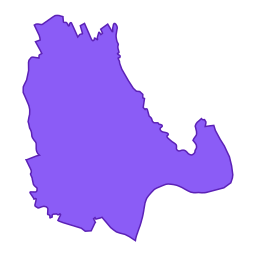 Vinh, Nghệ An, Vietnam
{"feature_id": "81297802B9978574523269", "entity_name": "Vinh", "entity_type": "district", "adm_level": 2, "iso_a3": "VNM", "parent_name": "Vietnam", "parent_adm1": "Nghệ An", "projection": "robinson", "projection_center": [105.69, 18.704], "detail": "fine", "context": "isolated", "style": "filled", "palette": "violet", "viewbox_px": 256, "rotation_deg": 0, "n_neighbors": 0, "source": "geoboundaries", "source_scale": "gbopen_adm2", "svg_char_len": 4800}
<svg xmlns="http://www.w3.org/2000/svg" viewBox="0 0 256 256"><path d="M135.4,240.6L135.7,238.6L136.6,235.3L137.6,232.6L137.7,232.1L138.4,230.2L139.3,227.6L140.1,225.5L140.5,224.1L141.1,222.2L141.6,220.2L142.3,217.8L143.0,214.6L143.6,211.4L144.0,208.8L144.6,205.4L145.0,203.0L145.9,200.4L146.6,198.5L147.6,197.0L148.7,195.5L151.4,192.4L154.3,189.4L156.6,188.1L159.7,186.8L162.5,185.6L165.9,184.3L168.1,184.0L170.6,184.2L173.7,184.6L176.8,185.3L179.1,186.2L182.0,187.5L184.6,189.0L187.7,190.7L190.7,192.1L193.7,192.7L195.8,192.7L198.6,192.5L201.7,192.8L204.9,192.7L206.1,192.5L223.9,187.8L224.6,187.3L230.8,182.8L232.4,178.0L232.8,174.8L231.6,165.8L229.4,156.7L226.3,150.2L226.0,149.5L224.3,145.9L220.2,139.4L215.4,130.5L213.8,125.4L210.1,125.8L205.2,126.5L205.9,123.1L205.9,121.9L204.5,119.6L203.9,119.7L203.0,119.7L202.5,119.5L201.8,119.1L201.4,118.6L199.2,120.6L197.2,122.3L196.1,123.8L195.5,125.2L195.2,126.2L195.6,127.6L196.1,129.8L196.5,131.5L196.6,133.7L196.3,135.2L195.2,136.7L193.8,138.7L193.0,140.4L194.2,141.8L195.4,143.4L196.2,144.7L196.5,146.1L196.5,147.7L196.2,148.5L195.3,150.0L195.0,150.9L194.9,152.1L194.5,152.9L193.7,153.8L192.6,154.6L191.3,155.0L189.7,154.5L188.3,153.7L187.0,152.2L185.6,150.9L184.4,150.3L183.1,150.1L181.5,150.3L180.2,150.8L178.9,151.0L178.0,150.7L176.7,149.6L176.4,148.7L176.5,147.0L176.5,145.8L176.1,144.7L175.2,143.8L173.7,142.7L172.1,141.7L169.5,139.5L167.8,138.0L167.1,137.0L167.0,136.2L167.2,135.6L168.0,135.1L168.3,134.3L168.0,133.6L167.1,133.0L165.9,132.6L163.5,132.1L162.4,131.8L161.2,131.1L160.5,130.2L160.1,129.6L160.1,128.6L160.6,127.8L161.7,126.9L162.2,126.3L162.1,125.3L161.5,124.9L160.6,124.5L159.5,124.4L158.9,124.1L158.4,123.3L157.8,122.8L156.7,122.8L154.7,122.8L153.9,122.7L153.0,121.9L152.4,121.3L152.1,120.3L151.7,118.9L151.0,117.7L149.1,116.0L147.8,111.2L147.5,110.2L147.2,109.2L146.4,108.8L145.7,108.8L145.1,109.5L143.2,107.5L143.9,102.7L144.5,98.5L142.8,97.8L142.8,94.4L139.7,91.5L136.4,91.2L133.3,88.3L128.4,80.7L121.8,69.2L119.9,64.0L119.6,62.9L119.5,61.8L119.4,61.1L118.2,58.8L118.2,58.4L118.2,58.0L118.8,57.7L119.4,57.7L119.7,57.6L120.0,57.1L120.1,56.5L120.1,56.1L119.9,55.6L118.0,54.3L117.5,53.8L117.5,53.5L117.8,53.2L118.6,52.9L119.0,52.5L118.9,51.6L118.0,48.6L117.9,47.7L117.8,46.7L118.1,45.3L118.3,44.4L118.1,43.7L117.1,41.8L116.5,39.4L116.1,36.9L116.1,34.9L116.6,31.7L117.0,29.3L117.2,28.4L117.2,27.1L116.8,25.9L115.8,24.2L114.9,23.5L114.2,23.5L113.8,23.9L113.4,24.7L113.2,25.9L112.7,28.2L112.7,28.7L112.7,31.6L112.2,31.6L111.3,30.2L107.7,24.1L100.7,29.2L102.5,33.1L102.5,33.3L101.0,34.5L100.8,34.6L99.6,32.6L99.1,32.3L98.8,32.4L97.6,36.5L97.4,37.2L97.3,37.9L97.6,39.3L97.5,39.5L97.3,39.7L97.0,39.6L95.1,38.2L94.8,38.1L94.5,38.1L94.4,38.8L93.9,40.2L93.3,40.6L92.9,40.7L92.4,40.5L91.4,39.2L84.5,23.4L80.3,25.7L82.4,33.0L82.5,33.4L82.3,33.8L80.0,34.4L79.4,35.0L77.8,37.0L73.6,27.6L71.4,22.9L71.0,22.7L70.5,22.7L70.0,23.2L69.5,23.9L69.4,24.9L69.3,25.4L68.9,25.9L68.4,25.8L68.0,25.1L67.0,23.2L66.4,22.6L65.9,22.4L64.1,22.4L63.5,22.1L63.4,21.8L63.0,17.6L63.0,16.7L62.8,16.6L60.6,16.0L59.0,15.5L56.9,15.4L55.1,15.6L52.8,17.0L42.3,24.4L41.9,24.5L40.9,24.5L38.0,24.0L36.1,24.1L34.3,25.1L39.2,35.4L39.9,37.9L40.2,40.0L35.5,41.7L40.3,50.4L41.8,53.5L39.5,54.8L39.1,55.3L38.9,58.0L32.9,57.1L31.8,57.2L31.1,57.6L30.3,58.6L29.0,60.2L28.5,62.4L28.6,70.6L27.5,75.8L26.6,80.0L24.3,84.6L23.3,86.8L23.2,88.7L23.2,90.2L23.2,92.5L25.7,98.1L28.3,104.2L28.9,105.8L29.4,108.0L29.7,109.7L29.7,110.0L29.7,111.5L29.6,114.4L28.9,117.3L28.1,121.7L28.7,123.6L29.2,126.0L29.6,128.0L30.3,129.3L31.0,130.8L31.5,132.6L31.7,134.4L31.9,136.3L32.5,137.8L34.0,140.1L35.5,141.9L36.1,143.2L36.2,144.7L36.2,148.6L36.4,150.4L36.8,151.7L37.8,153.6L39.5,155.2L36.6,155.9L26.5,159.8L26.1,159.8L30.2,168.2L31.1,170.2L31.2,170.7L31.3,172.0L31.2,172.7L30.7,173.4L30.5,173.9L30.6,174.5L32.1,177.9L32.4,179.8L33.4,184.3L34.2,185.5L35.1,186.4L36.9,187.9L37.1,188.3L37.0,188.8L37.1,189.8L36.8,191.0L36.4,191.5L35.8,191.9L35.3,192.0L30.6,191.9L30.1,192.1L30.0,192.5L30.1,192.9L33.5,198.0L33.9,199.1L34.2,199.1L35.0,198.7L35.5,198.5L36.0,198.7L36.2,199.0L35.8,201.3L34.9,205.0L35.0,205.6L35.0,205.9L35.6,206.5L38.1,208.0L39.4,207.7L42.0,206.7L43.9,206.3L46.3,206.8L47.5,207.9L47.9,208.9L47.8,210.7L47.7,212.7L47.6,214.0L47.8,214.5L48.4,214.6L49.4,215.1L49.9,215.8L49.9,216.8L49.9,217.6L50.1,217.9L51.0,217.5L52.1,217.1L52.2,216.4L52.1,215.7L52.3,214.9L52.8,214.5L53.5,214.1L55.0,214.1L56.4,213.9L57.4,214.5L57.9,214.8L58.4,214.8L59.8,213.9L60.3,214.1L60.5,214.4L60.6,214.8L57.9,220.4L59.0,221.1L63.0,222.6L81.3,228.2L85.2,231.2L91.2,230.8L95.0,222.8L95.4,222.5L93.6,218.7L95.0,217.6L95.9,219.1L100.5,217.9L102.0,217.3L110.7,227.6L113.7,230.0L116.4,231.9L119.9,233.1L125.0,234.4L128.5,236.2L129.3,236.6L133.2,239.2L135.4,240.6Z" fill="#8b5cf6" stroke="#5b21b6" stroke-width="1.5"/></svg>